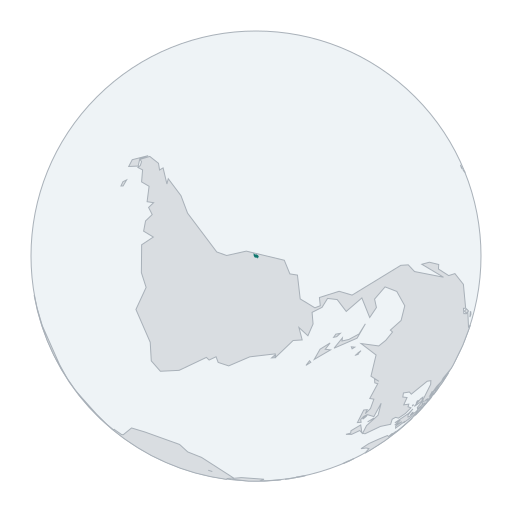 the Earth from above Lima Province, rotated 135°
{"feature_id": "PER-587", "entity_name": "Lima Province", "entity_type": "Captial District", "adm_level": 1, "iso_a3": "PER", "parent_name": "Peru", "parent_adm1": "", "projection": "orthographic", "projection_center": [-76.899, -12.031], "detail": "fine", "context": "on_globe", "style": "filled", "palette": "teal", "viewbox_px": 512, "rotation_deg": 135, "n_neighbors": 0, "source": "natural_earth", "source_scale": "10m", "svg_char_len": 6313}
<svg xmlns="http://www.w3.org/2000/svg" viewBox="0 0 512 512"><g transform="rotate(135 256 256)"><circle cx="256" cy="256" r="225" fill="#eef3f6" stroke="#a8b0b8"/><path d="M193.6,39.5L197.3,38.5L210.1,37.3L213.4,36.2L220.4,36.0L226.8,34.9L227.4,35.6L232.0,34.2L230.3,33.8L231.8,33.2L235.4,32.7L236.7,33.3L235.1,33.7L237.4,33.6L236.5,34.3L239.0,33.7L240.2,35.0L244.4,33.1L249.8,33.7L249.1,34.8L242.2,35.4L223.3,41.7L220.5,44.2L223.5,46.4L243.9,48.5L243.7,51.4L248.6,54.9L251.9,52.5L249.3,49.1L256.8,46.3L252.7,43.2L255.1,41.9L253.8,39.1L261.6,39.0L269.9,40.6L271.4,43.2L275.1,44.3L279.8,41.8L288.5,47.5L304.6,53.2L306.0,55.2L297.8,57.9L282.3,57.1L271.6,63.4L286.2,59.1L289.5,65.2L293.3,66.4L297.6,66.3L299.3,64.1L302.1,66.5L288.7,70.9L286.0,68.7L290.2,67.2L282.9,67.2L273.9,71.4L276.3,74.8L260.2,79.6L261.7,82.3L259.0,85.3L257.7,80.5L259.7,89.7L241.1,101.1L243.6,119.8L232.8,105.6L223.9,104.6L213.2,105.7L213.4,108.6L199.0,107.8L186.0,115.6L181.5,131.4L186.6,142.9L202.6,141.7L207.3,134.4L219.1,132.1L210.8,151.5L231.4,153.0L229.4,167.8L235.4,175.4L245.6,173.0L256.2,176.5L263.7,167.6L275.7,162.9L276.2,175.1L282.7,164.0L289.5,170.0L313.4,170.5L311.6,173.2L331.7,189.1L353.0,197.6L358.0,207.5L355.5,213.0L362.7,215.6L362.8,219.4L391.2,229.5L405.1,242.1L404.2,255.9L391.8,269.8L378.7,303.1L355.9,311.5L348.8,325.3L328.9,344.8L315.2,342.0L317.9,353.0L309.3,358.9L300.1,358.7L297.6,366.3L290.7,366.1L294.6,371.4L282.3,380.9L284.5,389.3L275.3,397.1L276.9,402.1L273.8,401.8L270.3,403.6L269.6,406.3L260.7,401.5L259.4,390.5L263.4,385.0L259.4,384.0L268.1,369.9L263.4,372.7L266.4,351.7L274.1,334.7L280.9,286.6L276.4,277.1L259.4,266.3L239.0,233.0L244.7,219.4L240.2,213.2L255.1,194.4L251.0,177.7L245.7,175.4L240.5,181.8L222.2,172.3L215.7,160.4L160.2,147.0L154.6,142.1L154.9,132.9L138.4,108.4L144.6,132.9L137.8,129.0L132.8,120.8L136.2,117.8L133.6,105.9L127.8,102.9L129.4,89.3L144.7,70.8L146.3,72.3L149.8,68.3L148.1,66.5L146.1,66.3L156.0,55.5L153.3,55.5L173.0,46.6L193.6,39.5ZM47.0,175.9L48.6,171.2L48.4,173.1L47.0,175.9ZM49.1,169.2L48.6,170.6L48.9,169.5L49.1,169.2ZM49.0,168.9L49.0,169.1L48.7,169.4L49.0,168.9ZM48.6,169.2L48.9,168.9L48.8,169.1L48.6,169.2ZM242.6,126.4L266.0,135.6L252.8,137.0L255.3,135.1L249.3,131.3L238.3,128.0L226.6,130.7L242.6,126.4ZM48.7,168.2L48.8,167.9L49.2,167.0L48.7,168.2ZM252.8,115.4L248.7,114.8L252.7,114.6L252.8,115.4ZM144.6,66.8L147.6,66.8L147.5,69.6L144.5,69.8L144.6,66.8ZM145.4,62.7L148.0,61.6L143.8,65.1L143.6,64.6L145.4,62.7ZM249.6,39.4L251.7,39.3L250.8,39.8L249.6,39.4ZM247.1,38.5L244.7,39.4L243.1,39.1L244.7,38.6L247.1,38.5ZM250.4,37.7L240.7,38.6L238.0,38.2L241.5,36.1L250.4,37.7ZM228.2,33.9L230.2,34.3L225.2,34.5L228.2,33.9ZM224.6,34.3L207.1,37.1L205.9,36.8L212.0,35.6L207.9,36.0L215.9,34.4L220.0,33.8L219.2,34.2L222.9,33.4L224.6,34.3ZM232.0,33.0L228.5,33.4L227.3,33.0L234.0,32.2L232.2,32.5L232.0,33.0ZM213.7,34.7L216.0,34.3L202.8,37.2L203.1,37.0L203.7,36.9L213.7,34.7ZM234.3,32.3L237.4,31.8L241.3,31.7L235.2,32.6L234.3,32.3ZM224.2,33.3L223.9,33.2L226.2,33.0L224.2,33.3ZM256.8,31.6L252.7,31.7L251.7,31.4L256.8,31.6ZM238.2,31.7L236.9,31.8L236.0,31.8L238.8,31.5L238.2,31.7ZM225.4,32.8L225.9,32.7L226.2,32.7L228.5,32.4L228.8,32.4L220.3,33.6L223.0,33.2L221.9,33.3L225.4,32.8ZM239.0,31.4L244.1,31.2L251.9,30.9L253.0,31.1L240.2,31.5L239.0,31.4ZM233.0,31.9L236.9,31.5L236.3,31.6L233.2,32.0L233.0,31.9ZM275.4,411.6L261.3,403.2L269.3,407.0L275.7,402.9L282.7,409.3L275.4,411.6ZM293.7,401.3L300.5,399.5L302.0,401.0L297.5,402.6L293.7,401.3ZM420.5,102.1L430.3,114.5L429.0,114.6L423.1,109.7L408.2,92.5L412.8,94.4L407.6,89.4L397.7,81.1L400.0,82.7L396.5,79.9L396.6,80.0L409.0,90.6L420.5,102.1ZM440.6,385.2L441.7,383.2L447.0,375.2L456.4,357.9L471.7,318.1L476.3,302.4L478.8,288.9L480.6,256.8L480.6,241.5L479.8,233.9L478.9,233.8L477.3,224.8L476.3,223.5L465.6,222.4L459.0,210.1L443.3,176.8L442.8,165.7L436.9,152.0L428.8,114.8L433.7,119.0L434.9,119.0L444.0,131.9L452.3,145.4L459.6,159.5L465.8,174.0L471.1,188.9L475.2,204.2L478.3,219.7L480.3,235.4L481.2,251.2L481.0,267.0L479.7,282.8L477.3,298.4L473.7,313.8L469.1,328.9L463.5,343.7L456.8,358.1L449.2,371.9L440.6,385.2ZM439.3,134.5L441.3,138.3L439.3,134.5ZM314.1,170.3L317.0,172.9L313.2,172.7L314.1,170.3ZM251.1,141.7L256.0,141.9L258.6,143.6L254.8,144.3L251.1,141.7ZM292.4,142.1L298.0,143.3L292.2,144.1L292.4,142.1ZM269.7,136.9L287.9,141.7L276.6,144.8L265.1,142.1L273.0,141.1L269.7,136.9ZM250.6,121.7L253.7,122.4L252.8,124.4L250.6,121.7ZM255.6,115.4L254.4,115.6L252.9,114.0L255.6,115.4ZM290.3,64.9L291.5,64.6L295.9,65.1L293.9,65.9L290.3,64.9ZM314.6,62.3L318.5,66.3L314.3,63.8L312.4,65.3L301.4,62.5L306.2,56.0L306.0,59.2L314.6,62.3ZM287.9,57.9L294.4,59.8L287.1,58.0L287.9,57.9ZM376.5,65.7L379.7,67.7L383.6,70.5L384.1,71.4L378.4,67.3L376.5,65.7ZM393.4,77.5L392.6,77.1L390.7,75.4L387.7,73.3L384.5,71.0L393.4,77.5ZM340.7,47.3L341.5,47.8L336.1,46.0L335.8,45.7L329.9,43.5L334.9,45.0L340.7,47.3ZM258.5,34.5L255.9,34.8L255.5,34.4L257.5,33.9L258.5,34.5ZM254.9,31.7L269.8,33.6L267.5,33.8L279.0,35.6L277.4,37.0L270.0,35.6L277.4,38.4L270.1,37.8L275.7,39.9L259.5,36.8L253.2,36.9L260.8,36.1L262.4,34.7L261.3,34.1L253.3,32.8L240.6,33.0L240.2,32.2L243.3,31.7L246.2,31.5L245.6,31.9L250.0,31.4L251.3,31.9L254.9,31.7ZM312.5,37.9L314.8,38.6L317.7,39.3L318.3,39.5L312.4,40.0L313.9,42.4L318.0,45.5L308.6,43.5L298.7,39.7L290.0,36.1L289.9,34.6L285.7,34.3L284.4,33.6L288.3,34.1L281.5,33.1L281.5,32.8L273.7,31.5L263.9,31.0L260.9,30.8L264.7,30.9L260.1,30.8L277.7,31.8L295.3,34.2L312.5,37.9ZM256.1,30.7L252.6,30.9L244.5,31.1L246.6,30.9L247.5,30.9L249.2,30.8L248.5,30.8L256.1,30.7Z" fill="#d9dde1" stroke="#a8b0b8" stroke-width="1"/><path d="M256.4,257.9L256.4,257.7L256.4,257.4L256.2,257.1L255.8,256.9L255.6,256.8L255.5,256.7L255.4,256.6L255.5,256.5L255.4,256.3L255.3,256.2L255.2,256.2L255.1,255.9L255.0,255.6L255.0,255.4L254.9,255.3L254.9,255.2L255.0,254.9L254.9,254.7L255.0,254.5L255.1,254.4L255.2,254.1L255.3,254.1L255.5,254.3L255.4,254.3L255.4,254.5L255.5,254.6L255.7,254.8L255.8,254.8L255.9,254.7L255.9,254.8L256.0,254.8L256.0,255.0L255.9,255.0L255.8,255.3L255.9,255.5L256.0,255.7L256.3,255.6L256.4,255.4L256.5,255.3L256.7,255.5L256.8,255.6L256.7,255.7L256.7,255.8L256.6,256.0L256.8,256.1L256.7,256.2L256.6,256.3L256.7,256.5L256.8,256.5L257.0,256.8L256.9,257.0L256.8,257.3L256.6,257.5L256.5,257.8L256.4,257.9L256.4,257.9Z" fill="#14b8a6" stroke="#0f766e" stroke-width="1.5"/></g></svg>